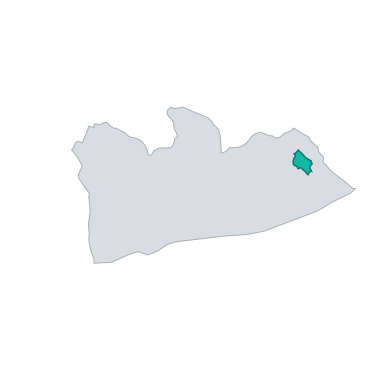 location of Potupo, River Gee, Liberia, rotated 311°
{"feature_id": "62588387B58359330496040", "entity_name": "Potupo", "entity_type": "district", "adm_level": 2, "iso_a3": "LBR", "parent_name": "Liberia", "parent_adm1": "River Gee", "projection": "albers", "projection_center": [-7.817, 5.334], "detail": "fine", "context": "in_parent", "style": "filled", "palette": "teal", "viewbox_px": 384, "rotation_deg": 311, "n_neighbors": 0, "source": "geoboundaries", "source_scale": "gbopen_adm2", "svg_char_len": 3580}
<svg xmlns="http://www.w3.org/2000/svg" viewBox="0 0 384 384"><g transform="rotate(311 192 192)"><path d="M73.9,164.7L77.0,162.1L81.5,153.8L87.8,145.9L93.7,141.2L98.3,136.3L103.2,132.6L110.3,128.3L121.0,116.9L123.6,115.6L125.3,107.7L128.0,97.6L131.2,94.5L138.5,92.6L140.2,90.9L142.8,83.8L144.5,75.5L144.7,73.7L147.5,73.5L152.4,71.8L155.3,72.6L156.5,75.0L157.2,77.0L172.1,71.9L173.4,70.8L174.2,71.0L176.0,75.6L177.1,75.4L178.0,74.0L179.0,73.9L180.2,74.5L181.3,76.7L183.2,78.6L186.5,80.0L188.5,81.9L188.3,86.9L189.0,91.7L190.4,92.8L191.2,95.7L191.5,98.9L192.3,100.6L192.8,103.8L192.5,107.2L193.1,109.6L195.5,113.8L197.0,119.1L197.0,122.8L196.1,126.7L194.5,130.3L191.7,134.2L191.5,135.7L193.1,136.7L195.6,136.9L197.7,136.1L203.0,137.9L205.7,140.5L208.2,143.7L210.3,145.3L211.3,147.3L215.1,146.8L219.4,144.9L220.3,144.0L221.6,144.4L224.4,144.6L226.4,141.2L228.0,137.2L231.4,132.9L233.0,131.2L233.5,128.4L233.7,124.8L234.9,121.7L237.7,120.0L240.7,120.1L242.3,120.7L243.1,123.7L245.6,126.0L247.6,127.6L248.7,128.2L250.5,130.0L252.1,136.1L258.5,155.6L258.2,161.0L256.9,164.5L256.9,168.0L256.4,171.4L252.5,176.9L240.8,188.4L241.7,189.4L244.5,190.7L247.3,191.3L249.7,191.0L252.6,193.8L255.7,197.4L259.0,199.3L263.8,200.9L268.0,201.1L271.6,200.5L276.6,201.2L281.9,204.2L283.9,209.1L285.1,213.4L287.0,215.5L287.2,219.2L291.1,222.5L296.5,223.1L303.5,226.9L305.3,226.7L306.1,226.2L307.0,227.0L308.7,238.0L310.1,243.8L309.4,246.1L308.4,248.0L308.4,256.9L305.2,262.0L304.7,267.6L303.8,269.4L300.4,271.0L300.4,275.3L299.4,280.5L299.1,286.0L300.1,300.4L300.2,311.2L301.8,313.2L295.1,312.3L275.6,304.1L260.6,299.4L210.2,272.4L196.3,261.6L180.2,245.5L144.5,213.0L136.3,207.8L126.1,205.2L119.7,202.4L115.2,199.4L111.6,190.4L102.7,185.0L86.2,177.4L73.9,164.7Z" fill="#d9dde1" stroke="#a8b0b8" stroke-width="1"/><path d="M279.6,257.4L280.1,257.5L280.7,257.5L281.3,257.5L281.7,257.7L281.7,258.2L281.8,259.0L281.8,259.4L281.8,259.7L281.8,260.0L281.8,260.4L281.7,260.7L281.5,261.0L281.8,261.2L281.6,261.9L281.7,262.2L281.7,262.7L281.7,263.2L281.7,263.4L281.7,263.8L281.7,264.0L281.7,264.6L281.6,265.0L281.4,265.7L281.4,266.4L281.2,267.1L281.1,267.7L281.0,267.8L281.3,268.1L281.6,268.1L281.7,268.3L281.8,268.2L282.1,268.0L282.4,267.8L282.8,267.7L283.1,267.6L283.4,267.5L283.5,267.5L283.8,267.4L284.2,267.5L284.5,267.6L285.0,267.9L285.6,268.2L285.7,268.3L285.8,268.4L285.9,268.5L286.0,268.7L286.2,268.2L286.5,267.5L286.8,266.8L287.0,266.3L287.3,265.5L287.6,265.1L288.0,264.7L288.5,264.4L289.2,264.2L289.7,264.1L290.3,264.1L290.7,264.0L291.0,264.2L291.3,264.2L291.7,264.2L292.1,264.1L292.4,263.8L292.4,263.6L292.4,263.4L292.5,263.0L292.9,262.4L293.1,262.0L293.2,261.7L293.5,261.5L293.6,261.4L293.5,261.1L293.4,260.5L293.3,260.1L293.2,259.6L293.0,258.5L293.0,258.0L292.9,257.2L292.7,256.4L292.6,255.9L292.5,255.0L292.6,254.3L292.7,253.5L292.9,252.5L292.9,251.8L293.0,250.8L293.1,250.1L293.2,249.3L293.3,248.7L293.3,248.1L293.2,247.6L293.2,247.3L293.3,246.7L293.3,246.3L293.2,246.0L293.2,245.8L293.4,245.5L293.4,245.2L293.5,244.8L293.3,244.7L293.1,244.7L292.1,244.7L291.8,244.7L291.5,244.7L289.8,244.7L288.6,244.7L288.1,244.1L287.9,243.9L287.8,244.1L287.7,244.8L287.4,245.6L286.8,246.4L286.5,246.8L285.8,246.8L284.8,246.8L284.0,246.9L283.5,247.1L283.1,247.4L282.7,247.6L281.6,248.2L280.9,248.9L280.5,249.3L280.3,249.6L279.9,250.0L279.5,250.3L279.5,250.6L279.5,251.2L279.3,251.5L279.2,251.8L279.5,252.2L279.7,252.4L279.7,252.8L279.8,253.8L279.9,254.0L280.0,254.0L280.1,255.1L279.7,255.6L279.6,255.8L279.4,256.1L279.3,256.6L279.3,257.0L279.6,257.4Z" fill="#14b8a6" stroke="#0f766e" stroke-width="1.5"/></g></svg>